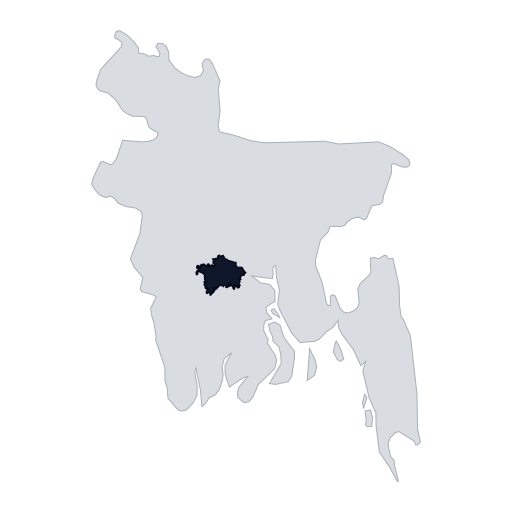 Faridpur, Dhaka, Bangladesh shown in context
{"feature_id": "16705992B67131385183639", "entity_name": "Faridpur", "entity_type": "district", "adm_level": 2, "iso_a3": "BGD", "parent_name": "Bangladesh", "parent_adm1": "Dhaka", "projection": "mercator", "projection_center": [89.785, 23.466], "detail": "fine", "context": "in_parent", "style": "filled", "palette": "ink", "viewbox_px": 512, "rotation_deg": 0, "n_neighbors": 0, "source": "geoboundaries", "source_scale": "gbopen_adm2", "svg_char_len": 9128}
<svg xmlns="http://www.w3.org/2000/svg" viewBox="0 0 512 512"><path d="M165.0,381.4L164.9,367.5L155.6,339.9L156.1,336.9L154.1,323.5L151.8,316.1L150.6,308.3L156.2,296.9L154.0,295.1L141.6,291.6L140.2,288.7L142.8,277.5L133.9,266.9L130.4,259.0L139.9,233.4L142.3,215.6L141.6,212.1L135.8,208.1L125.5,206.5L118.3,203.2L114.0,198.1L110.5,196.1L106.0,197.6L100.4,195.6L95.6,190.6L91.6,184.5L93.2,177.8L100.7,161.9L103.4,161.5L109.9,164.5L112.3,164.5L116.6,158.3L122.5,140.4L143.3,141.9L148.3,141.3L153.5,139.9L156.3,137.7L157.9,134.8L157.3,132.3L150.9,128.9L148.5,126.4L146.7,119.2L144.8,116.5L132.3,116.2L125.8,112.9L122.2,109.9L115.9,100.1L108.0,92.9L100.5,91.1L97.6,88.8L96.0,85.1L96.9,79.7L100.7,69.3L121.4,46.8L121.9,44.3L121.1,41.4L115.0,37.8L114.6,36.0L116.4,31.3L119.8,30.7L126.9,35.0L134.2,41.9L138.5,48.1L138.7,53.0L144.3,54.0L149.0,56.2L153.9,55.5L157.1,56.7L159.2,56.3L160.0,53.5L155.9,46.4L157.9,43.4L162.6,43.6L166.1,46.2L168.6,51.7L169.0,60.1L174.6,67.8L181.9,73.2L187.7,75.7L194.6,77.5L200.5,75.8L203.5,70.4L202.2,65.7L203.1,61.4L205.5,59.1L209.2,59.2L211.9,62.6L220.0,80.8L218.3,88.9L220.1,111.0L218.1,125.6L219.4,131.2L220.7,132.2L232.9,134.9L250.5,140.7L264.0,142.8L324.9,141.2L338.2,144.0L378.8,141.9L389.9,146.5L401.9,154.0L408.7,159.6L409.9,162.8L409.2,165.6L406.9,167.1L402.8,167.1L393.2,163.5L391.6,164.6L391.5,173.2L383.7,195.0L382.6,201.7L379.9,204.3L371.9,205.7L366.5,218.4L364.3,219.9L359.1,217.2L355.8,217.6L351.7,218.8L347.6,221.7L344.7,225.3L341.5,226.5L330.2,226.3L328.0,232.1L320.5,239.8L315.4,260.1L315.8,266.3L322.1,282.4L326.5,303.3L328.1,305.4L330.3,305.6L330.4,296.0L332.5,294.8L335.1,295.9L340.4,308.8L343.5,312.1L348.2,313.0L353.5,311.0L357.5,307.3L359.2,303.2L357.8,289.1L360.3,283.4L369.5,274.8L370.9,272.2L370.3,258.1L373.8,257.6L378.4,258.7L384.4,255.4L386.2,255.3L388.6,258.9L392.9,258.3L399.1,286.3L399.6,306.0L401.1,316.9L403.3,319.4L410.4,335.8L416.9,393.2L417.6,429.5L420.4,441.9L418.1,444.6L415.9,445.1L413.8,440.8L398.9,431.6L395.3,432.6L390.2,437.9L388.1,442.9L389.0,449.8L390.6,456.7L394.2,460.6L394.4,464.9L398.4,481.2L397.3,481.3L389.2,466.5L379.3,451.9L376.1,425.8L375.9,412.8L369.1,397.6L362.8,371.0L365.6,361.6L360.8,365.7L353.4,349.7L341.8,334.0L338.4,327.1L338.2,320.3L333.2,327.1L326.3,331.9L319.4,339.1L314.8,341.3L300.1,342.6L291.6,333.0L279.4,309.4L277.8,304.1L279.4,290.2L276.5,277.1L275.7,265.5L273.5,266.5L272.7,269.7L273.2,274.6L272.3,278.7L251.8,276.0L260.6,282.9L269.9,284.5L274.8,290.7L275.1,301.0L265.9,307.2L266.7,312.4L272.0,318.8L265.6,320.6L263.8,324.7L263.7,330.6L268.2,339.7L267.4,343.2L275.1,355.0L276.6,360.7L274.7,368.7L258.0,384.9L253.2,396.3L249.1,401.7L244.0,402.7L237.7,397.3L237.6,391.7L238.9,387.3L247.6,376.6L242.9,378.0L229.4,386.9L226.8,379.7L225.1,373.0L225.1,364.9L231.6,352.7L224.2,358.7L222.2,366.4L223.1,375.3L222.1,381.6L219.2,389.9L215.3,394.8L208.9,398.0L206.1,402.9L201.9,406.5L200.4,389.9L195.8,367.4L194.8,372.2L197.2,386.2L197.0,395.2L193.5,402.4L186.5,410.0L181.2,411.1L178.0,409.9L168.0,398.4L167.1,387.5L165.0,381.4ZM288.1,381.7L275.7,384.4L269.4,383.6L281.2,363.4L280.8,354.3L278.9,346.9L272.9,341.0L272.6,336.7L269.9,330.9L268.5,324.2L275.2,322.0L280.6,325.9L282.5,333.6L285.2,339.4L294.6,351.2L294.4,358.5L291.8,376.3L288.1,381.7ZM314.7,375.1L307.2,380.5L309.6,348.6L315.3,360.5L316.7,366.8L314.7,375.1ZM343.7,359.2L340.4,361.4L337.3,359.5L333.3,352.0L335.3,342.4L336.5,341.1L341.3,350.8L343.7,359.2ZM371.7,426.4L367.4,426.8L365.3,424.5L366.3,421.3L365.1,411.0L370.6,410.0L372.6,418.6L371.7,426.4ZM366.9,397.6L363.7,407.8L362.4,403.2L364.6,394.2L366.9,397.6ZM278.4,314.3L279.7,317.6L272.7,313.3L270.9,310.2L274.0,308.7L278.4,314.3Z" fill="#d9dde1" stroke="#a8b0b8" stroke-width="1"/><path d="M233.2,262.1L232.2,261.6L230.8,261.3L228.2,260.6L227.8,260.3L227.5,259.9L227.0,259.5L226.2,259.2L225.3,259.1L224.7,258.2L223.0,255.5L222.1,255.9L221.5,256.0L221.6,256.4L221.6,256.7L221.7,256.8L221.3,256.5L221.3,256.3L220.9,256.3L219.7,255.9L219.6,255.7L219.3,255.3L218.0,256.0L217.8,256.1L217.8,256.4L217.7,257.7L217.8,257.8L218.0,258.0L217.6,258.1L217.6,258.3L217.3,258.4L217.1,258.3L216.5,258.6L215.7,258.5L215.3,258.7L215.1,258.9L215.2,259.6L214.7,259.6L214.0,259.6L213.7,258.9L213.2,259.1L212.8,259.1L212.9,259.3L213.3,259.6L213.2,259.7L213.4,260.5L213.4,261.3L213.4,261.7L213.5,262.0L213.1,262.4L213.2,262.6L213.3,263.0L213.3,263.3L213.8,263.6L214.7,264.3L215.0,264.6L215.1,265.0L215.1,265.4L215.0,265.6L214.1,265.6L214.2,265.8L214.2,266.1L213.5,266.2L213.1,266.2L212.6,265.8L212.5,265.4L212.5,265.2L212.1,265.0L212.1,265.4L212.2,265.6L211.8,265.5L211.3,265.7L211.1,265.6L210.5,265.6L210.1,265.9L209.6,266.0L209.3,266.0L209.2,265.9L209.1,266.0L209.1,265.7L209.3,265.1L209.2,264.9L209.0,264.2L208.8,264.1L208.1,264.0L207.7,264.4L207.7,264.5L207.4,265.5L207.2,265.6L206.8,265.5L206.6,265.6L206.3,265.5L206.2,265.8L206.1,265.6L206.0,265.4L205.8,265.4L205.8,265.7L205.5,265.7L205.3,265.5L204.9,265.4L204.8,265.2L204.5,265.2L204.3,264.6L204.1,264.2L203.9,264.1L203.7,264.2L203.7,264.4L204.1,264.8L204.0,265.0L203.7,265.2L203.4,265.3L203.1,265.2L202.5,264.9L202.1,264.4L201.5,264.5L201.4,264.6L201.5,264.8L201.6,265.2L201.3,265.5L201.0,265.4L200.4,265.5L200.5,266.2L200.3,266.2L200.0,266.6L200.1,266.9L200.0,267.1L200.5,267.0L200.8,267.1L200.7,267.4L200.3,267.9L200.1,267.9L200.0,267.7L200.0,267.2L199.6,267.2L199.4,267.2L199.1,267.1L198.9,266.7L198.7,266.4L198.4,266.2L198.4,265.8L198.0,265.8L197.6,265.6L197.3,266.1L196.8,266.4L197.0,267.0L196.8,267.7L196.9,268.1L197.4,268.5L198.6,268.6L199.5,269.5L199.6,269.8L199.5,270.2L199.3,270.3L199.0,270.4L198.6,270.2L198.3,270.3L197.5,270.6L197.0,271.0L196.4,272.0L196.2,272.6L196.3,273.9L196.5,274.4L196.8,274.6L197.0,274.4L197.3,274.4L197.5,274.3L197.6,273.1L197.5,272.2L197.7,271.9L198.3,271.6L198.8,271.6L200.2,272.0L202.1,272.7L204.1,274.2L204.5,274.8L204.6,275.5L204.6,276.4L204.6,277.7L204.6,278.7L204.7,279.4L205.2,280.6L205.4,281.4L205.1,281.8L204.6,281.7L204.1,282.0L204.7,282.7L204.6,283.6L204.3,284.5L204.4,285.1L204.6,285.5L204.8,285.7L205.3,286.8L205.7,287.4L206.3,287.8L207.3,288.2L206.9,288.4L206.5,288.3L206.1,288.1L205.6,287.5L205.4,287.8L205.5,288.1L205.8,288.5L206.4,289.0L207.3,288.9L208.1,289.1L208.8,289.5L209.0,289.8L208.8,290.0L208.2,290.0L207.6,290.2L206.7,291.1L206.4,292.1L206.5,293.0L206.9,293.4L207.1,293.4L207.5,293.2L208.0,292.7L208.7,292.6L208.6,292.3L209.1,292.5L209.4,292.7L210.3,294.0L210.4,294.4L210.1,294.9L210.4,295.1L211.1,294.6L211.7,293.7L212.4,293.4L212.5,293.2L212.4,292.7L213.1,292.4L213.5,292.2L213.6,291.9L213.4,291.7L214.2,291.1L214.4,290.5L214.9,290.0L214.5,289.3L213.8,289.0L213.6,288.8L213.7,288.5L213.5,288.3L213.8,288.3L213.8,288.2L213.3,287.9L214.1,288.2L214.1,288.3L214.3,288.4L214.2,288.5L214.2,288.8L214.4,288.9L214.7,288.8L214.7,288.6L214.6,288.3L214.7,288.1L214.9,288.0L215.0,288.1L215.1,288.3L215.2,288.5L215.4,288.8L215.4,289.0L215.8,288.9L215.7,288.6L216.0,288.6L215.9,288.5L216.1,288.5L216.0,288.4L216.0,288.2L216.3,287.9L216.6,288.0L216.8,288.2L216.9,287.8L216.8,287.7L217.0,287.7L217.0,287.9L217.1,287.7L217.0,287.4L216.9,287.4L216.9,287.2L217.5,287.1L217.8,287.2L218.0,287.2L218.4,286.7L218.7,286.1L219.5,285.5L220.1,284.6L220.3,284.4L220.5,284.5L220.7,285.2L221.3,285.7L221.5,285.6L221.7,285.2L222.0,285.0L222.6,285.0L222.8,285.1L223.0,285.3L223.0,285.9L223.4,286.5L223.6,286.4L223.7,285.8L224.4,285.3L225.3,284.8L225.8,284.8L226.0,285.2L226.5,285.4L226.7,285.5L226.3,286.1L226.1,286.6L225.9,286.9L225.9,287.1L226.4,287.4L227.0,287.5L227.3,287.3L227.3,286.8L227.6,286.5L228.8,286.4L229.1,286.5L229.4,286.0L229.8,285.9L230.0,285.4L230.0,285.2L229.6,285.0L229.4,284.8L229.3,285.1L229.2,285.2L228.9,284.9L228.9,284.2L229.1,283.6L229.2,283.4L229.4,283.4L229.7,283.8L229.6,284.0L230.7,284.3L231.0,284.8L231.1,285.5L231.5,285.6L231.6,285.8L232.1,286.1L232.7,286.2L233.3,286.4L233.8,286.2L234.0,286.2L234.0,286.7L233.6,287.2L233.1,287.6L232.9,287.9L233.6,288.5L234.0,289.2L234.4,289.0L234.5,288.4L234.4,287.8L234.7,287.3L235.0,287.0L234.9,286.8L235.0,285.6L234.9,285.2L235.1,285.0L235.5,285.1L235.6,285.3L235.9,285.8L236.1,286.0L236.3,286.0L236.5,286.2L237.0,286.9L237.5,287.7L238.0,287.4L238.2,287.5L238.3,287.5L238.7,287.7L239.2,287.2L239.2,286.4L239.2,286.1L239.5,286.0L239.4,285.7L239.7,285.7L239.9,285.5L239.7,285.2L239.7,284.8L239.2,284.8L239.2,284.4L238.8,284.5L238.7,284.4L238.8,284.4L238.7,284.4L239.0,283.3L238.9,282.9L239.3,282.3L239.6,281.9L239.9,281.8L239.8,281.6L239.4,281.4L239.4,281.0L239.5,281.0L239.5,280.8L239.6,280.4L239.5,280.2L240.6,279.5L240.5,279.4L239.9,279.3L239.6,279.4L239.3,279.4L240.0,278.8L240.1,278.5L240.5,277.9L240.4,277.6L240.5,277.4L240.4,277.4L240.4,277.5L240.3,277.4L240.2,277.2L240.4,277.0L240.2,276.7L240.3,276.7L240.4,276.2L240.5,276.0L241.3,275.8L242.3,275.3L242.7,274.5L243.4,275.2L243.7,275.3L243.9,275.2L244.2,274.7L244.4,273.4L244.9,273.4L245.6,272.7L244.2,271.3L243.2,269.4L242.4,268.4L242.3,267.8L241.9,267.5L240.8,267.5L239.9,267.2L239.0,267.5L238.6,267.7L238.2,267.8L237.9,267.5L236.7,267.0L236.0,266.8L236.6,266.0L235.7,265.2L235.5,264.9L235.4,264.1L236.0,263.8L235.9,263.4L235.7,263.0L235.8,262.5L234.9,262.5L233.2,262.1Z" fill="#0f172a" stroke="#020617" stroke-width="1.5"/></svg>